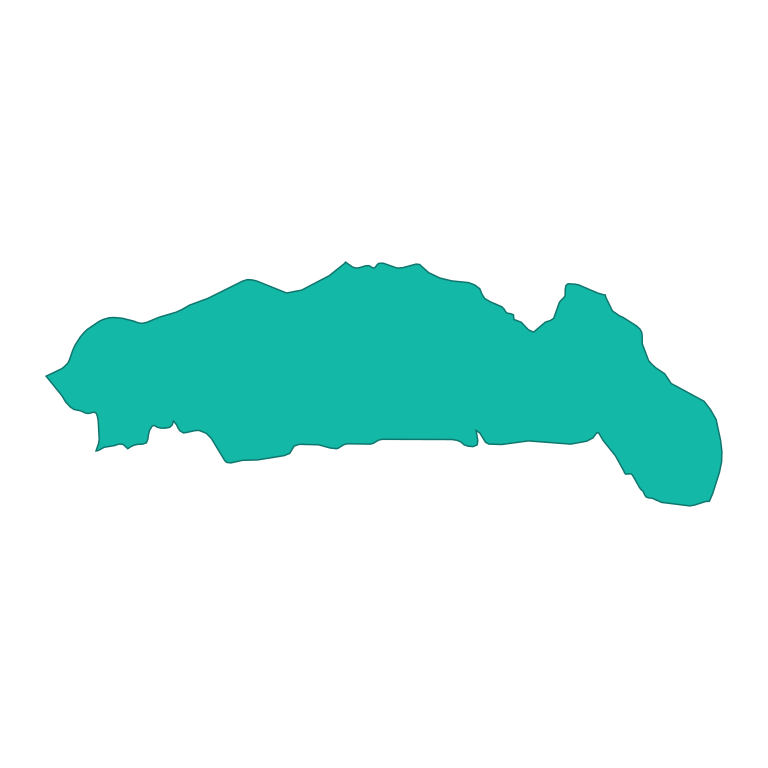 outline of Gorontalo
{"feature_id": "IDN-1837", "entity_name": "Gorontalo", "entity_type": "Province", "adm_level": 1, "iso_a3": "IDN", "parent_name": "Indonesia", "parent_adm1": "", "projection": "natural_earth1", "projection_center": [122.28, 0.663], "detail": "fine", "context": "isolated", "style": "filled", "palette": "teal", "viewbox_px": 768, "rotation_deg": 0, "n_neighbors": 0, "source": "natural_earth", "source_scale": "10m", "svg_char_len": 2705}
<svg xmlns="http://www.w3.org/2000/svg" viewBox="0 0 768 768"><path d="M345.5,262.1L352.8,267.2L356.5,268.1L359.3,267.7L364.9,266.0L368.2,265.6L369.8,266.0L372.4,267.7L374.2,268.1L375.1,267.4L377.5,264.3L379.1,263.3L383.3,263.2L397.1,268.1L402.7,267.7L416.0,264.1L419.6,264.5L428.7,272.7L439.8,278.0L451.7,280.9L468.6,282.6L474.8,285.0L479.9,288.9L482.0,294.3L484.7,298.5L490.7,302.0L501.9,306.8L504.2,309.2L505.4,311.4L507.0,313.1L510.7,313.7L513.4,314.8L514.0,319.5L521.2,322.2L528.4,329.8L533.6,332.1L545.4,322.1L550.4,320.5L553.7,318.3L559.4,302.3L560.8,300.6L563.9,297.6L565.2,295.4L565.2,289.5L565.9,285.6L568.0,283.8L574.6,284.1L578.7,284.9L597.8,293.1L604.9,295.1L605.3,295.0L605.8,297.3L612.4,310.9L619.6,315.9L622.9,317.3L636.5,325.9L640.0,329.2L641.7,332.3L642.1,334.6L642.3,343.9L648.6,360.6L651.4,363.8L655.6,367.7L664.7,373.8L671.2,383.5L704.1,401.3L710.4,409.5L716.1,419.4L720.6,440.5L721.9,451.7L721.6,461.8L719.4,472.5L712.7,493.5L709.4,501.2L709.3,501.3L705.6,501.5L694.8,505.0L689.9,505.9L661.6,502.4L652.1,498.2L648.3,497.8L646.2,497.0L645.1,495.5L642.8,490.9L641.3,489.9L639.5,487.5L632.4,475.0L631.1,473.8L625.7,474.1L624.5,472.8L624.0,471.3L615.5,455.9L603.0,440.3L598.7,432.9L596.7,432.9L592.8,438.0L586.6,441.2L570.8,444.1L528.4,440.9L501.7,444.5L488.9,444.1L485.5,442.2L479.9,433.1L476.1,430.4L477.8,440.7L477.1,444.9L473.1,446.6L468.2,446.2L464.1,444.8L460.8,441.9L456.8,440.3L451.9,439.5L382.2,439.3L378.7,440.1L373.1,443.4L370.3,444.1L348.3,443.8L345.4,444.1L342.9,445.2L338.4,448.1L336.5,448.7L330.2,448.0L318.6,444.8L299.4,444.3L294.2,446.0L289.7,453.4L284.2,455.6L257.6,459.9L242.5,460.3L230.9,462.9L226.8,462.4L224.8,460.7L211.3,438.4L206.3,433.3L199.0,430.4L195.1,430.6L186.0,432.6L183.4,432.9L179.9,430.8L178.0,427.9L176.4,424.5L173.5,421.1L172.0,425.3L169.5,427.4L165.6,428.1L160.5,428.1L157.0,427.1L154.5,425.5L152.3,425.9L149.5,430.4L148.4,434.9L147.8,439.3L146.4,442.8L142.7,444.1L137.9,444.3L134.1,445.2L130.9,446.6L127.8,448.7L123.0,444.3L119.1,444.0L114.4,445.6L104.1,447.3L98.5,450.4L96.0,451.0L96.0,450.9L98.7,443.1L99.2,439.2L98.2,420.5L97.3,415.9L96.1,413.1L94.7,412.4L93.4,412.3L92.2,412.5L90.8,413.0L89.0,413.4L87.3,413.4L85.1,412.9L80.6,410.8L73.9,409.4L70.4,407.1L65.7,402.1L62.0,395.8L46.1,376.2L61.9,368.6L64.3,366.7L67.7,363.3L69.4,360.0L72.7,350.4L75.1,345.1L80.2,337.1L83.8,332.8L87.3,329.4L98.8,321.6L103.0,319.5L109.0,317.8L113.8,317.5L122.0,318.2L134.1,321.2L137.0,322.4L139.5,323.1L142.4,323.3L146.4,322.5L159.2,317.2L176.4,312.1L181.6,309.7L189.6,305.1L207.8,298.4L242.4,281.2L246.9,279.7L249.6,279.7L252.5,280.0L256.7,281.0L286.5,293.0L301.7,290.1L329.2,275.7L344.5,263.5L345.5,262.1Z" fill="#14b8a6" stroke="#0f766e" stroke-width="1.5"/></svg>